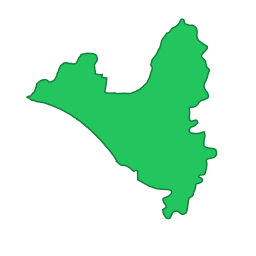 Vung Tau, Bà Rịa - Vũng Tàu, Vietnam (Albers equal-area conic projection), rotated 79°
{"feature_id": "81297802B39135443664879", "entity_name": "Vung Tau", "entity_type": "district", "adm_level": 2, "iso_a3": "VNM", "parent_name": "Vietnam", "parent_adm1": "Bà Rịa - Vũng Tàu", "projection": "albers", "projection_center": [107.117, 10.402], "detail": "fine", "context": "isolated", "style": "filled", "palette": "green", "viewbox_px": 256, "rotation_deg": 79, "n_neighbors": 0, "source": "geoboundaries", "source_scale": "gbopen_adm2", "svg_char_len": 5669}
<svg xmlns="http://www.w3.org/2000/svg" viewBox="0 0 256 256"><g transform="rotate(79 128 128)"><path d="M113.2,43.3L112.4,43.0L111.4,42.9L108.7,43.2L107.3,43.9L106.5,44.5L105.3,44.8L104.4,45.2L103.2,45.4L101.9,45.4L100.9,45.3L98.5,44.2L94.3,41.1L89.8,38.8L87.7,37.5L86.7,37.0L86.2,37.0L85.0,37.8L84.2,38.5L82.8,39.2L77.3,39.3L76.3,39.6L75.6,40.0L75.0,40.4L73.2,41.9L72.1,42.1L70.9,42.0L70.2,41.7L69.7,41.3L69.2,40.6L68.7,39.9L67.8,38.7L66.3,36.5L65.4,35.5L64.9,35.0L64.0,34.8L63.2,34.7L62.7,34.9L62.3,35.3L61.7,35.9L61.2,36.7L60.5,37.3L59.5,38.4L56.8,40.9L56.1,41.6L55.4,42.1L54.5,42.5L52.3,42.9L50.6,42.8L47.8,42.1L45.7,41.7L44.3,41.7L43.0,41.9L42.0,42.4L41.1,43.1L39.8,44.6L39.3,45.3L39.3,46.6L38.8,48.2L36.8,51.8L36.4,52.3L34.9,52.7L33.5,52.4L33.1,52.4L32.3,52.7L31.8,53.4L31.4,54.2L31.4,54.7L31.5,55.1L32.6,56.1L34.5,57.5L35.9,59.0L36.3,59.7L37.8,62.6L38.3,64.8L38.8,65.8L39.1,66.2L40.4,67.7L41.4,68.6L41.9,69.2L42.1,69.7L42.3,70.8L42.3,71.7L42.4,72.0L42.7,72.2L45.1,74.4L46.1,75.6L47.3,77.1L48.1,77.8L50.7,79.2L53.6,80.5L55.4,81.5L56.3,82.5L57.7,83.7L60.0,85.2L61.4,86.5L64.0,89.3L64.8,90.5L65.8,91.4L68.5,92.7L69.6,93.0L70.1,93.3L70.2,93.6L70.5,93.7L70.8,93.5L71.5,93.1L72.1,92.9L72.8,92.8L74.2,92.9L75.3,93.3L77.6,94.8L82.4,97.2L87.1,100.7L89.6,104.5L92.2,108.8L93.7,113.7L94.6,119.3L93.1,125.6L92.1,132.6L91.1,134.1L90.0,141.2L89.8,141.8L88.5,144.0L78.9,140.5L74.9,139.3L73.3,144.0L70.7,143.1L69.8,147.4L69.0,149.1L68.3,149.7L68.1,149.8L67.6,149.7L66.8,149.3L65.9,149.1L65.5,149.3L65.2,149.5L62.9,149.2L61.3,149.1L59.5,148.8L58.5,148.2L57.9,147.6L57.3,147.2L57.1,146.4L56.0,145.5L54.9,145.1L53.1,144.9L51.2,145.0L49.8,145.9L48.4,148.2L47.6,151.0L47.3,151.8L46.8,154.7L46.8,155.0L47.0,157.2L46.8,158.0L47.0,158.9L46.9,159.4L46.9,159.9L48.2,161.0L49.5,162.6L54.1,166.0L54.6,166.7L54.8,167.4L54.8,169.2L54.4,170.3L53.9,171.1L53.7,171.6L53.6,172.5L53.4,173.1L53.4,173.9L53.3,174.2L53.0,174.5L52.6,174.8L52.4,175.1L52.0,178.0L52.0,178.9L52.3,179.5L53.0,179.9L53.2,180.1L53.3,180.9L54.1,182.5L55.5,183.3L56.6,184.3L56.8,184.4L59.8,185.9L60.6,186.9L60.9,187.1L62.3,187.5L63.3,188.0L66.2,190.4L66.9,191.3L67.3,191.9L67.3,192.2L67.9,193.9L68.1,194.6L68.1,195.6L67.7,196.7L67.4,197.0L66.3,197.7L65.4,198.7L64.9,199.7L64.6,201.5L64.6,203.1L64.8,204.3L65.4,206.0L65.9,206.8L66.4,207.4L66.8,208.1L67.0,208.7L67.4,209.2L67.9,209.4L69.3,209.9L70.2,210.2L70.6,210.5L70.8,210.9L71.6,211.2L74.8,213.1L75.1,213.6L75.4,214.5L75.9,215.2L76.8,215.9L77.8,217.3L78.0,217.8L77.9,220.0L78.0,220.6L78.2,220.9L78.4,221.2L78.7,221.3L78.9,221.2L79.3,220.5L79.3,219.7L79.5,219.4L80.4,218.7L81.3,218.3L82.3,217.1L82.7,216.7L82.8,216.3L82.8,215.7L83.4,214.2L83.8,213.9L84.5,212.9L87.1,205.8L89.5,201.6L90.0,201.2L90.1,200.9L90.3,200.2L90.7,199.5L92.8,196.3L94.6,193.5L95.1,193.1L97.0,190.1L98.8,187.9L104.1,181.7L107.5,178.5L107.6,178.0L108.5,177.2L108.7,176.9L109.0,176.6L109.5,176.6L110.7,175.3L113.0,172.9L113.6,172.7L114.1,172.3L114.5,171.6L115.3,171.2L115.7,170.9L116.4,170.0L116.7,169.8L117.2,169.7L118.3,168.9L118.8,168.4L119.3,168.0L120.1,167.1L120.4,166.9L120.7,166.9L120.9,166.8L123.0,165.0L132.3,158.8L134.7,157.1L136.9,155.9L138.9,154.7L140.2,154.1L145.6,150.9L149.3,149.0L153.1,147.2L155.9,146.0L157.5,145.6L158.1,145.6L158.4,145.8L158.7,145.8L158.8,145.6L158.6,145.3L158.6,145.1L160.6,144.2L161.1,143.8L163.1,141.9L163.4,141.3L163.9,138.8L164.1,138.3L164.4,137.8L165.0,136.8L165.8,135.7L167.2,134.1L168.3,133.1L170.7,131.5L171.2,131.2L171.4,130.9L171.5,130.6L171.5,130.2L171.1,128.9L171.2,128.5L171.3,128.1L171.9,126.7L180.6,128.4L181.0,127.8L188.8,118.7L192.1,113.1L192.8,112.0L193.7,109.3L195.0,104.9L196.3,99.6L196.8,98.7L197.8,97.6L198.5,97.4L199.2,97.4L200.2,97.7L201.0,98.5L202.0,99.9L202.7,101.7L203.1,103.5L203.6,106.0L203.9,106.7L204.5,107.2L205.1,107.4L206.2,107.3L208.3,107.0L210.3,105.9L212.2,105.5L212.8,105.5L213.2,105.8L213.6,106.5L214.2,108.2L214.7,109.3L215.4,109.5L216.2,109.6L217.8,109.6L219.3,109.4L220.5,109.0L221.8,108.5L222.9,108.1L224.1,106.9L224.6,105.8L224.6,105.1L224.5,104.2L224.2,103.7L224.0,103.4L222.2,102.4L221.3,101.6L220.0,100.8L219.5,100.3L219.1,99.5L218.7,98.4L218.8,96.3L219.2,95.2L219.9,94.4L221.5,93.1L222.7,91.9L223.1,90.9L223.1,90.1L223.0,89.2L222.7,88.1L221.7,86.8L220.5,86.0L219.0,85.3L214.5,83.8L209.9,82.2L209.0,81.7L208.3,81.0L207.5,79.0L207.4,78.2L206.8,77.3L206.3,76.9L205.8,76.6L204.8,76.4L203.6,75.7L202.2,74.7L200.1,73.5L199.1,73.1L197.0,72.4L196.5,72.1L196.0,71.6L195.7,70.6L195.8,69.4L195.7,68.6L195.3,67.1L195.1,66.3L194.6,65.6L194.1,65.1L193.5,64.8L192.8,64.7L192.1,64.9L191.4,65.4L189.9,67.4L189.3,67.9L188.8,67.8L188.2,67.3L187.9,66.2L188.3,62.8L188.2,62.2L187.7,61.5L186.9,60.8L186.0,60.3L184.4,59.7L182.6,58.8L178.7,57.5L177.3,57.4L175.1,57.4L174.5,57.2L174.1,56.9L173.7,56.5L173.5,55.6L173.4,50.0L173.2,49.2L172.9,48.4L172.5,47.8L171.9,47.0L171.0,46.2L170.2,45.9L168.0,45.9L166.9,45.8L166.4,46.0L165.9,46.2L165.4,46.7L165.0,47.2L164.6,47.9L164.0,49.7L163.4,51.6L162.6,53.9L161.8,55.2L160.8,56.1L159.9,56.7L159.4,56.8L158.8,56.8L154.6,55.7L152.5,54.9L150.4,53.9L146.6,53.8L146.4,54.0L146.3,54.3L146.4,55.5L146.7,57.0L146.7,58.2L146.7,61.2L146.0,64.0L145.4,65.9L144.8,67.4L144.2,67.9L143.1,68.5L142.2,68.6L141.1,68.1L140.7,67.7L140.1,67.2L139.6,66.5L139.2,65.8L138.6,62.6L138.3,61.8L137.8,60.8L136.8,59.3L135.7,58.5L134.7,58.6L134.0,58.8L133.4,59.3L133.2,59.9L133.2,61.1L133.4,62.8L133.4,63.7L133.2,64.8L132.9,65.3L132.3,65.8L131.6,66.0L129.7,65.8L128.1,65.6L127.3,65.2L124.5,64.6L119.8,63.9L119.6,63.7L119.5,62.4L119.8,60.7L119.9,59.6L119.8,58.6L118.6,55.9L118.1,55.1L116.9,53.9L115.6,52.2L115.0,50.6L114.8,48.1L114.2,46.2L114.1,45.2L113.7,44.0L113.2,43.3Z" fill="#22c55e" stroke="#15803d" stroke-width="1.5"/></g></svg>